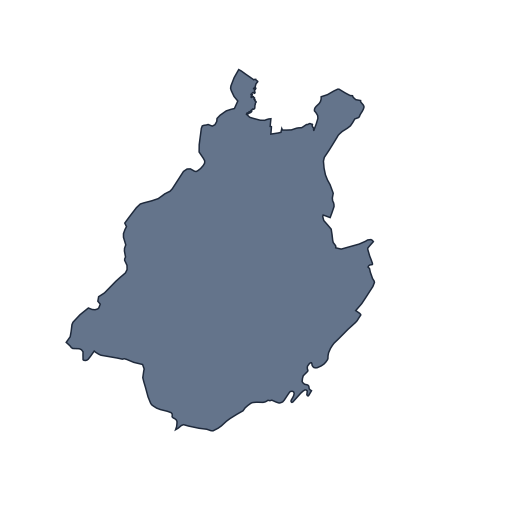 Krong Buk, Đắk Lắk, Vietnam (Equal Earth projection), rotated 217°
{"feature_id": "81297802B2573632778711", "entity_name": "Krong Buk", "entity_type": "district", "adm_level": 2, "iso_a3": "VNM", "parent_name": "Vietnam", "parent_adm1": "Đắk Lắk", "projection": "equal_earth", "projection_center": [108.229, 13.013], "detail": "fine", "context": "isolated", "style": "filled", "palette": "slate", "viewbox_px": 512, "rotation_deg": 217, "n_neighbors": 0, "source": "geoboundaries", "source_scale": "gbopen_adm2", "svg_char_len": 5940}
<svg xmlns="http://www.w3.org/2000/svg" viewBox="0 0 512 512"><g transform="rotate(217 256 256)"><path d="M382.0,394.5L380.8,385.3L378.4,376.8L377.2,374.6L375.3,373.2L369.6,370.2L363.8,368.8L362.0,360.8L364.3,358.0L367.1,354.0L369.4,346.8L369.9,342.4L368.3,339.8L367.8,336.1L369.1,333.4L373.4,332.2L374.6,330.6L376.2,329.1L377.2,327.6L376.5,325.1L368.4,310.8L364.0,304.8L356.8,302.3L354.2,301.1L352.9,299.2L352.6,296.4L352.9,292.4L353.9,288.9L354.7,287.4L356.2,286.7L360.8,286.1L363.4,284.0L364.8,279.9L363.3,259.3L363.6,256.1L366.2,250.9L368.6,243.0L372.5,237.3L377.5,231.0L379.7,227.9L380.6,222.6L380.7,209.9L380.6,203.3L377.1,201.5L376.6,198.4L375.3,194.1L373.1,191.2L366.7,186.5L365.6,183.0L364.1,180.8L359.6,176.7L359.1,174.6L358.3,173.5L353.4,170.9L350.8,167.6L350.1,163.9L351.5,157.7L352.7,151.6L354.8,135.3L357.2,128.8L355.1,124.7L351.4,123.8L350.3,119.9L350.6,118.4L352.2,116.2L354.8,114.6L358.6,113.6L361.2,103.2L362.3,93.0L361.7,90.5L358.3,84.6L355.8,79.7L355.6,72.8L353.3,72.6L350.4,72.3L348.3,71.7L346.6,71.9L341.3,75.6L339.0,76.1L336.5,75.4L334.6,72.8L331.7,69.1L330.7,69.1L329.3,69.9L328.4,71.0L327.9,72.5L327.8,76.0L328.0,82.7L326.1,82.6L322.7,82.9L320.2,83.4L305.2,91.1L300.6,93.2L299.4,94.7L297.0,95.6L289.6,97.5L281.3,101.1L277.2,98.4L277.2,98.2L276.4,96.5L273.2,90.7L270.0,88.1L265.0,84.4L257.4,78.5L251.7,75.1L249.9,74.4L247.6,74.4L243.8,74.7L240.0,75.8L233.4,78.6L229.6,79.8L228.1,79.5L227.1,78.5L226.3,77.2L225.6,76.9L224.4,76.9L223.1,77.2L220.9,77.1L219.4,76.2L218.1,74.3L216.7,71.9L215.7,68.9L214.5,71.8L213.6,75.7L212.4,77.7L207.5,79.6L197.7,84.2L191.1,88.0L186.8,89.4L185.1,90.5L182.6,95.7L181.4,99.5L180.2,106.1L178.9,110.6L176.0,118.1L173.2,124.6L173.3,128.1L172.6,131.6L171.8,134.3L171.2,135.9L170.5,136.9L169.1,138.2L167.4,139.7L162.3,143.3L161.0,144.8L160.2,146.3L159.6,148.0L157.8,148.8L156.6,150.4L152.2,151.4L149.5,152.3L148.6,152.9L147.8,154.0L146.9,155.5L146.7,158.0L147.1,164.4L147.2,166.7L147.1,168.3L146.5,169.1L145.2,170.0L144.1,170.1L142.8,169.2L141.9,167.2L141.5,165.2L141.1,162.0L140.8,161.3L140.3,160.8L139.6,160.6L139.2,160.7L138.7,161.6L137.7,173.4L137.1,176.5L136.4,178.4L135.7,179.0L134.8,179.2L133.8,179.0L131.9,175.8L131.1,175.5L130.7,175.4L130.1,175.7L130.0,176.6L130.6,181.8L132.5,181.7L133.6,182.0L135.5,183.8L136.6,184.1L137.7,183.9L140.1,182.8L142.4,183.0L143.6,183.5L145.3,186.4L146.2,188.8L145.4,194.4L145.4,195.3L145.9,196.1L146.9,196.6L148.0,197.9L148.6,199.1L148.6,202.3L148.1,203.7L147.5,204.1L146.8,203.8L145.3,202.4L144.0,201.9L142.5,201.8L141.0,202.6L139.9,203.6L137.8,207.4L136.7,210.6L136.4,213.3L136.5,216.2L136.8,217.3L138.4,219.6L139.8,222.4L140.9,227.0L141.2,230.7L141.2,233.3L140.1,240.3L138.4,252.9L136.5,262.9L136.3,265.2L136.6,268.4L136.8,271.9L137.2,272.3L138.8,272.6L143.5,272.4L142.9,281.7L143.3,288.3L144.3,302.0L145.5,306.2L146.6,307.1L149.3,308.1L155.0,311.9L157.8,314.3L159.9,314.6L160.1,315.8L159.8,317.2L158.0,319.1L158.0,319.5L158.6,320.2L161.6,322.2L165.2,324.4L170.8,328.6L171.5,329.6L171.4,332.2L170.9,338.1L171.6,338.3L172.6,338.5L174.1,338.3L176.5,336.0L177.5,333.5L180.8,327.6L192.1,312.8L197.3,310.5L198.2,311.9L199.8,312.5L202.4,313.2L204.2,314.7L208.1,318.8L212.1,322.7L217.4,323.9L223.2,325.1L226.4,327.6L227.0,329.1L225.3,329.7L219.9,331.3L221.3,336.0L223.4,342.4L224.6,343.9L226.1,345.2L227.9,346.1L229.9,348.2L232.1,352.6L239.7,357.5L244.6,359.7L249.4,362.6L254.5,367.1L259.2,372.3L260.8,375.9L261.3,384.7L262.0,392.4L262.7,399.6L263.0,401.8L262.8,403.7L262.1,407.3L259.9,413.1L258.9,416.8L259.1,421.0L259.6,424.9L257.5,428.1L257.3,428.7L257.4,429.8L257.5,430.3L257.8,431.1L258.0,432.7L258.2,435.4L258.6,437.8L259.2,439.6L259.9,440.5L261.3,441.2L265.0,442.0L265.4,442.4L266.0,443.1L270.4,440.9L272.9,441.1L274.3,441.4L275.4,442.1L277.4,440.8L283.0,439.9L290.0,439.2L291.1,438.5L293.2,434.5L296.0,427.9L299.8,422.4L298.4,420.5L297.5,418.2L297.3,415.9L298.0,411.6L298.0,409.6L297.6,408.4L296.7,407.1L294.5,406.6L291.3,405.3L289.4,403.2L287.4,397.8L285.8,392.4L285.4,391.2L285.5,391.1L285.9,391.4L286.3,391.8L286.8,392.6L287.1,392.9L288.5,393.2L289.5,393.8L290.0,395.0L290.4,395.1L290.9,394.7L292.1,394.5L292.8,394.1L293.0,393.9L293.7,392.4L293.8,392.1L294.6,391.6L294.9,391.1L295.8,388.5L296.7,386.0L299.3,383.8L300.6,382.4L303.7,377.9L304.8,377.1L307.3,375.0L310.7,372.5L312.1,373.3L310.5,369.8L312.3,367.6L317.5,362.3L320.9,367.7L321.6,368.6L322.7,368.0L326.7,374.6L328.4,373.0L329.8,371.1L330.6,369.7L334.3,367.0L341.2,364.2L344.5,363.0L349.0,363.5L349.2,364.7L349.2,364.9L349.1,365.1L348.9,365.2L348.7,365.2L348.0,364.9L347.8,364.9L347.7,365.1L347.7,365.6L347.7,366.0L347.9,366.3L348.3,366.7L348.4,367.1L348.2,367.3L347.9,367.3L347.6,366.5L347.5,366.4L347.3,366.2L347.1,366.4L346.7,367.3L346.4,368.3L346.5,369.1L346.7,369.3L347.2,368.9L347.3,369.0L347.5,369.0L347.5,369.5L347.2,370.2L347.1,370.5L347.2,371.1L347.1,371.4L346.9,371.6L346.4,371.6L346.1,372.0L345.9,372.8L346.0,373.4L346.7,374.5L347.4,375.4L347.9,376.8L348.4,377.5L348.5,378.0L348.5,378.7L348.5,379.0L348.8,379.3L349.2,379.4L350.4,379.3L350.6,379.5L350.6,380.0L350.9,380.3L351.1,380.3L351.7,380.0L351.9,380.0L352.1,380.1L352.2,380.4L352.1,381.0L352.2,381.3L352.4,381.4L353.3,381.3L354.0,381.7L354.3,381.5L354.8,380.2L355.1,379.8L355.4,379.8L355.7,380.1L355.8,380.7L355.8,381.9L355.9,382.3L356.0,382.5L356.8,381.8L357.1,381.8L357.2,382.1L357.2,382.6L357.1,383.0L357.0,384.2L357.0,384.5L356.8,384.7L356.6,384.9L356.3,385.0L356.0,385.0L355.4,384.8L355.2,384.9L355.1,385.0L355.0,385.5L355.1,385.8L355.4,386.3L356.1,386.5L356.5,386.8L356.7,387.0L356.8,387.6L356.8,388.6L356.9,389.2L357.0,389.8L357.4,390.0L357.6,389.7L358.0,388.8L358.3,388.2L358.6,388.1L358.7,388.3L358.8,388.5L358.5,388.9L358.4,389.5L358.4,389.8L358.4,390.4L358.5,390.8L359.1,392.1L359.6,393.5L359.6,394.1L359.5,396.1L359.6,396.3L359.7,396.5L362.2,396.6L362.4,396.8L362.5,396.9L363.3,396.3L363.6,395.8L363.8,395.4L373.8,395.0L379.1,394.9L382.0,394.5Z" fill="#64748b" stroke="#1e293b" stroke-width="1.5"/></g></svg>